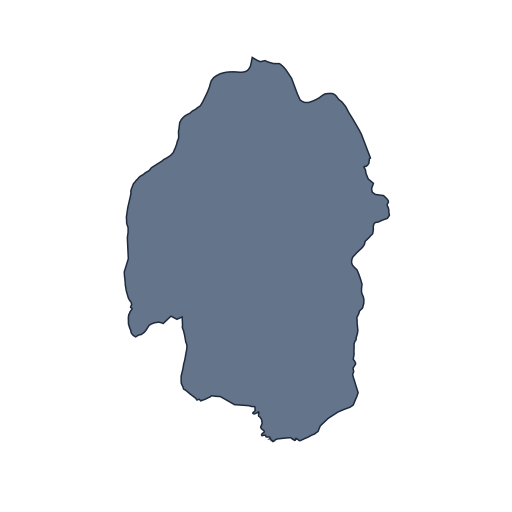 Abra, Abra, Philippines (Mercator projection), rotated 341°
{"feature_id": "2640588B11393510524278", "entity_name": "Abra", "entity_type": "district", "adm_level": 2, "iso_a3": "PHL", "parent_name": "Philippines", "parent_adm1": "Abra", "projection": "mercator", "projection_center": [120.786, 17.564], "detail": "fine", "context": "isolated", "style": "filled", "palette": "slate", "viewbox_px": 512, "rotation_deg": 341, "n_neighbors": 0, "source": "geoboundaries", "source_scale": "gbopen_adm2", "svg_char_len": 5951}
<svg xmlns="http://www.w3.org/2000/svg" viewBox="0 0 512 512"><g transform="rotate(341 256 256)"><path d="M396.1,200.6L395.3,175.3L394.6,170.6L393.3,163.9L391.8,156.5L390.5,151.0L389.4,143.9L387.4,138.3L385.2,134.9L383.8,130.6L383.1,129.3L381.5,127.5L379.3,126.5L376.6,125.7L374.1,125.2L371.7,125.6L368.4,126.6L367.8,126.9L363.4,127.7L360.0,128.0L355.8,128.0L352.1,126.7L350.1,125.0L348.5,122.7L347.9,116.5L347.5,99.6L344.9,89.6L343.7,86.6L341.8,83.1L340.7,81.7L335.1,79.7L330.3,76.3L328.2,74.2L323.4,73.7L320.8,71.4L317.1,67.0L314.6,71.4L312.3,75.0L310.0,76.9L307.8,78.0L305.1,78.1L303.2,77.8L301.0,77.2L296.9,75.4L294.3,74.4L291.2,73.4L287.9,72.6L284.6,72.2L281.4,72.0L277.4,72.6L274.2,73.5L270.8,75.7L268.6,78.6L267.2,80.8L263.8,84.8L261.3,87.4L256.1,92.6L253.7,94.7L252.2,95.9L248.7,96.8L246.1,97.8L244.3,98.0L243.1,98.2L239.7,99.6L237.4,99.8L234.5,100.4L232.9,101.0L231.3,101.8L229.6,102.8L228.6,103.9L227.7,104.5L227.1,105.4L226.4,106.8L225.9,108.0L225.4,108.8L224.7,110.6L224.1,111.4L223.1,113.4L222.7,114.8L222.0,117.2L221.6,118.3L221.0,119.6L218.9,122.0L217.1,124.9L216.5,125.5L214.6,127.9L213.3,129.1L212.3,130.4L211.3,131.3L209.0,132.6L207.3,133.3L202.8,134.4L201.0,134.6L199.8,134.9L197.8,135.7L190.0,137.5L187.9,138.0L185.9,138.5L184.7,139.2L183.4,140.1L182.1,140.6L179.9,141.0L178.3,141.3L176.2,142.2L174.3,142.6L172.2,143.0L170.6,143.8L168.8,144.9L167.5,145.4L165.9,146.5L163.7,147.7L159.8,152.3L158.8,153.8L158.2,155.9L157.0,158.1L150.4,168.7L147.1,175.1L146.0,177.2L145.6,179.0L144.3,183.2L144.3,187.5L142.8,191.9L140.3,196.8L134.4,217.0L126.2,228.2L125.0,232.6L124.7,234.3L123.5,239.2L123.1,240.3L122.7,242.6L122.3,245.0L122.0,246.9L121.7,252.7L121.7,255.0L122.4,257.9L122.8,258.8L122.8,260.1L122.6,261.4L122.2,262.0L121.5,262.5L120.7,263.8L121.7,265.2L121.5,265.6L121.1,266.1L118.7,267.8L118.5,268.0L118.3,268.2L118.2,268.6L117.3,269.4L116.5,270.1L116.4,270.6L115.5,272.0L115.3,272.7L114.7,274.1L114.7,274.8L114.4,275.5L114.1,275.9L114.1,276.4L113.8,277.1L113.2,279.2L113.3,280.0L113.2,280.9L113.4,281.0L113.1,282.2L113.2,282.6L113.2,284.3L113.4,285.2L113.2,286.1L113.0,288.0L113.2,288.8L113.6,289.9L114.1,291.2L115.0,292.2L115.9,293.3L119.3,292.5L121.9,292.9L125.5,291.8L128.1,290.2L132.3,286.8L134.9,286.2L138.3,286.1L139.9,286.4L141.4,286.7L142.1,286.7L144.7,288.2L146.3,289.6L156.0,285.2L160.6,290.1L166.3,289.6L163.9,297.9L163.2,299.0L163.0,301.2L163.2,302.5L162.8,306.6L162.7,307.6L161.6,314.4L161.7,316.7L161.5,318.3L161.1,319.4L160.2,321.5L157.8,325.7L156.2,328.6L154.7,331.3L152.5,334.5L150.1,339.0L146.1,345.2L144.5,349.8L143.9,352.0L144.0,353.5L144.3,355.9L144.2,358.2L146.0,360.3L148.5,364.6L152.5,370.6L153.1,372.2L153.2,372.9L155.7,373.0L155.9,373.6L156.3,374.1L156.5,374.5L156.6,375.0L161.4,374.9L165.2,374.4L166.9,374.3L168.4,373.6L172.1,375.5L176.5,377.3L179.7,380.9L187.2,389.5L200.5,395.2L203.0,397.0L205.0,397.7L205.8,398.2L205.6,399.2L205.2,400.6L205.0,401.7L204.0,402.4L202.1,403.1L201.8,403.8L202.1,404.2L202.4,404.5L202.9,404.7L203.4,404.8L204.0,404.8L205.3,404.6L206.3,404.7L206.6,404.6L207.0,404.2L207.3,404.2L207.5,404.2L207.7,404.3L207.8,404.5L207.8,404.8L207.5,405.5L206.6,407.2L206.4,407.8L206.4,408.2L206.6,408.6L207.2,409.4L207.3,409.6L207.4,410.1L207.8,411.4L208.0,412.3L207.9,413.3L207.6,414.6L207.4,416.1L206.3,417.5L204.7,419.2L204.8,421.0L205.8,422.6L206.4,423.4L206.7,424.2L206.5,425.0L205.7,425.5L204.2,425.8L203.4,426.5L203.1,426.8L203.0,427.1L203.0,427.4L203.0,427.7L203.2,427.8L203.4,427.9L205.1,428.1L206.2,428.4L206.4,428.5L206.5,428.8L206.6,429.3L206.6,430.1L206.7,430.3L207.1,430.6L207.9,430.9L209.3,431.3L209.7,431.5L209.9,431.7L210.1,432.0L210.1,432.5L210.1,432.8L209.9,433.1L209.7,433.2L209.4,433.3L210.1,433.5L210.4,433.9L210.4,434.5L210.3,435.5L210.6,435.6L211.0,435.6L211.3,435.7L211.4,436.1L211.4,436.7L211.6,437.0L212.1,436.9L212.6,436.6L212.9,436.7L213.5,436.8L213.8,436.4L214.2,436.1L214.8,436.0L215.4,436.0L216.5,435.9L225.8,438.0L230.1,439.2L230.3,439.1L230.0,439.4L230.0,439.6L230.3,439.9L230.7,440.9L230.8,441.0L231.0,441.0L231.4,441.1L231.4,441.3L231.5,441.8L231.9,442.0L232.0,442.2L232.3,442.8L232.5,443.0L233.0,443.0L233.6,442.6L233.9,442.3L234.0,442.2L233.8,441.9L234.0,441.8L234.1,442.0L234.5,442.0L234.6,441.9L234.7,441.7L234.8,441.8L235.0,442.0L235.1,442.3L235.2,442.5L235.5,442.5L236.0,443.5L236.4,444.0L236.5,444.2L236.7,444.5L236.8,444.7L237.9,445.0L242.2,444.5L246.5,444.2L250.3,443.5L253.3,443.4L257.6,442.0L261.4,437.6L271.4,433.0L282.7,430.2L289.9,429.7L295.6,429.6L299.4,428.6L302.2,425.4L305.4,421.9L308.1,418.4L308.3,409.4L308.5,405.5L308.5,402.8L308.8,399.7L309.1,399.1L310.7,397.2L311.3,393.5L315.0,390.6L315.3,389.2L315.0,387.3L314.3,385.3L316.7,380.9L317.6,377.9L319.2,373.8L320.0,371.2L321.7,368.9L323.1,368.1L324.5,365.3L326.5,362.6L328.1,359.5L329.9,351.8L330.6,350.0L331.3,347.0L334.0,344.4L336.1,341.6L339.7,340.0L342.6,335.7L343.9,332.0L344.2,329.2L343.9,326.7L344.2,323.9L345.1,321.4L346.2,319.0L347.1,317.1L347.3,311.6L347.3,306.9L347.0,302.1L345.3,298.7L344.2,296.0L344.2,293.7L344.6,292.3L345.4,290.8L345.9,290.0L347.3,288.4L349.3,287.4L352.4,285.7L356.1,284.0L357.9,283.3L359.8,282.3L362.2,280.4L364.1,277.6L366.7,276.4L368.3,275.7L371.1,274.1L373.6,272.9L374.7,270.9L375.8,268.7L376.2,267.0L377.1,265.3L378.2,263.9L379.6,263.2L382.9,263.7L385.5,263.4L388.4,263.2L392.4,263.2L395.4,261.0L395.7,258.6L396.0,257.4L396.6,255.5L396.7,254.4L396.7,253.8L396.9,253.2L396.7,252.6L396.5,251.6L396.5,250.8L396.7,250.3L397.2,249.5L398.6,248.4L399.0,247.3L398.9,246.2L398.1,243.9L397.5,242.8L396.3,240.4L388.8,236.6L386.7,233.5L387.2,230.0L390.7,225.5L387.2,219.7L386.9,214.0L387.5,210.0L387.0,207.0L387.2,206.8L388.0,206.7L389.0,207.1L389.4,207.1L389.7,206.9L390.0,206.9L390.3,206.7L390.9,206.4L391.7,206.0L392.1,205.7L392.3,205.5L392.6,205.3L392.9,205.1L393.0,204.9L393.3,204.3L393.4,204.0L393.8,203.2L394.1,202.8L394.6,201.6L394.9,201.1L395.3,200.8L395.5,200.8L396.0,200.6L396.1,200.6Z" fill="#64748b" stroke="#1e293b" stroke-width="1.5"/></g></svg>